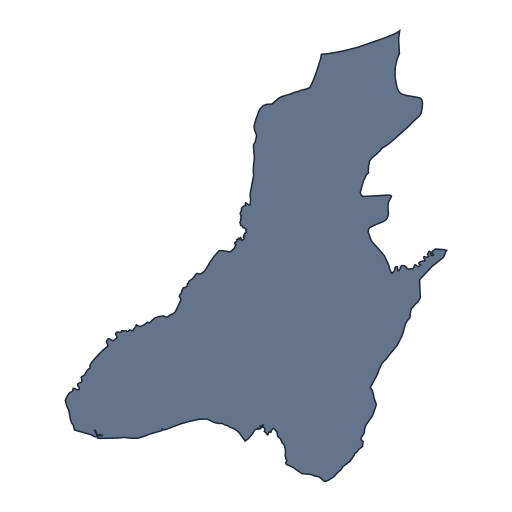 outline of Stoung, Kâmpóng Thum, Cambodia
{"feature_id": "14789045B61102121423301", "entity_name": "Stoung", "entity_type": "district", "adm_level": 2, "iso_a3": "KHM", "parent_name": "Cambodia", "parent_adm1": "Kâmpóng Thum", "projection": "orthographic", "projection_center": [104.491, 12.979], "detail": "fine", "context": "isolated", "style": "filled", "palette": "slate", "viewbox_px": 512, "rotation_deg": 0, "n_neighbors": 0, "source": "geoboundaries", "source_scale": "gbopen_adm2", "svg_char_len": 6045}
<svg xmlns="http://www.w3.org/2000/svg" viewBox="0 0 512 512"><path d="M446.7,250.4L444.1,249.6L435.4,249.0L433.5,250.6L432.7,250.9L432.2,251.8L432.0,252.9L432.5,253.9L433.4,254.6L433.5,255.3L432.2,255.6L431.4,255.6L431.1,255.0L430.7,253.3L430.9,252.3L429.6,251.2L429.1,251.4L427.4,254.2L428.6,256.0L428.4,256.5L426.6,257.4L424.9,256.6L423.8,256.9L423.5,257.4L424.1,258.8L425.0,259.4L424.8,260.8L424.3,261.2L422.6,260.9L419.4,262.3L418.8,262.9L418.9,263.8L420.5,264.8L419.8,265.9L419.0,266.4L418.1,266.5L415.2,264.7L413.9,266.7L413.2,268.5L408.7,269.1L407.0,268.7L406.7,267.4L405.4,266.7L404.7,265.7L401.6,265.6L400.7,266.9L400.1,268.9L398.5,270.7L397.8,270.8L397.4,266.8L396.2,266.5L395.0,267.6L395.0,269.3L394.3,270.9L392.1,273.1L391.6,273.1L389.7,269.1L388.5,264.5L384.4,255.9L382.1,252.9L372.0,241.7L370.4,238.5L368.1,231.9L368.6,229.3L369.0,228.4L370.0,227.5L374.6,225.1L383.1,221.7L385.5,220.2L387.3,218.0L388.4,214.7L388.4,212.1L388.0,207.9L388.1,204.2L388.9,201.3L391.5,196.4L391.2,195.8L390.1,195.2L387.8,195.1L364.3,196.4L362.8,196.3L361.1,195.1L360.3,192.3L363.7,180.1L364.2,179.6L366.3,174.8L368.6,173.0L368.2,170.6L368.5,169.4L368.6,165.6L369.4,163.1L369.3,161.4L371.1,158.9L374.4,155.8L376.9,154.0L378.2,152.3L379.7,151.3L381.9,148.3L387.4,144.8L393.5,139.9L408.7,126.3L411.6,123.1L419.3,116.0L421.1,113.4L421.6,111.1L422.3,106.6L422.5,103.2L421.9,99.8L420.8,98.5L419.4,97.7L406.2,95.4L402.3,94.2L400.6,93.3L399.2,92.0L397.2,88.2L395.1,77.6L395.1,70.1L395.3,67.1L396.8,60.5L398.2,56.3L399.4,53.8L398.7,39.9L398.8,37.3L399.7,30.7L396.8,32.7L393.8,34.2L385.8,37.5L357.9,47.2L343.0,51.0L328.1,53.7L321.4,54.3L320.5,59.3L316.2,72.6L313.2,80.5L310.1,87.1L308.7,88.1L306.4,89.0L301.6,90.1L297.0,91.9L295.3,92.0L289.1,94.4L282.0,96.5L279.3,97.8L271.8,104.1L266.7,104.3L263.1,105.7L260.5,108.4L259.4,109.9L255.6,120.1L254.1,125.9L254.4,129.6L256.5,135.2L256.5,136.1L255.2,142.0L254.0,143.9L253.4,145.7L254.4,158.0L253.4,166.6L253.3,171.5L253.6,175.5L250.3,192.9L250.1,195.5L250.6,199.4L250.1,204.8L249.9,205.2L249.0,205.2L245.9,202.8L245.4,202.8L245.3,203.4L245.8,205.4L245.4,205.7L243.7,206.0L241.5,208.1L241.4,209.1L241.8,209.5L241.4,209.8L241.2,211.6L240.7,211.9L240.2,213.5L240.6,215.2L241.1,215.5L240.8,216.5L241.3,217.8L240.5,218.9L240.8,220.3L239.8,222.6L240.5,223.6L240.5,225.1L240.9,225.5L242.0,225.6L242.4,226.7L243.3,227.8L244.2,227.7L246.4,229.5L245.7,230.6L246.5,231.9L245.8,232.5L245.3,233.5L244.7,233.3L244.2,234.1L244.5,235.1L243.6,235.6L243.9,236.6L243.4,237.4L244.2,238.1L243.9,239.3L242.3,240.2L241.7,240.1L241.4,238.5L240.4,237.6L239.9,238.4L239.9,239.5L239.5,239.5L238.4,238.4L238.2,238.9L236.8,239.7L237.0,241.0L236.7,241.6L235.2,242.2L234.9,242.7L235.1,243.1L234.8,243.9L235.6,244.1L235.7,244.6L235.4,245.9L234.4,247.8L234.4,248.4L232.6,249.6L231.5,251.2L230.3,251.3L229.7,251.9L229.1,252.0L227.2,251.4L221.7,250.6L219.1,250.7L214.4,256.0L210.0,262.1L205.8,269.3L204.0,271.6L200.3,274.1L197.1,273.4L196.4,273.7L192.9,278.4L189.1,281.1L188.1,283.3L187.4,283.7L187.3,285.6L186.7,286.4L185.7,287.3L183.4,287.7L182.0,290.0L181.4,292.0L181.5,293.3L179.9,294.5L179.3,296.5L180.2,297.8L180.8,299.5L180.6,300.7L175.5,311.4L173.5,313.6L170.8,314.6L167.0,317.2L166.1,317.1L163.3,315.9L158.5,316.6L156.0,317.5L154.6,318.0L149.5,322.8L148.8,322.9L147.6,322.2L144.2,324.8L140.9,326.3L139.0,326.4L136.5,324.8L136.0,325.2L135.9,326.7L133.4,329.4L133.0,330.8L129.5,330.0L127.9,331.6L127.2,331.5L125.9,330.6L124.6,331.0L122.4,330.7L121.5,330.8L121.0,332.0L120.0,332.4L117.9,332.0L116.9,332.2L116.3,332.5L115.7,333.5L115.7,334.6L116.7,336.3L116.9,337.3L116.5,338.3L113.7,340.5L112.6,340.7L109.8,339.1L108.4,338.7L107.7,339.2L106.7,340.5L106.4,341.5L107.8,345.1L107.7,346.2L103.0,350.1L98.2,354.8L91.8,362.1L91.4,362.6L91.5,363.1L90.0,365.0L90.0,367.8L89.5,368.5L87.5,369.9L84.5,374.9L83.8,375.6L81.9,376.5L81.1,377.3L81.8,379.4L81.7,381.7L81.1,382.4L78.3,383.4L77.6,384.3L77.6,385.6L79.2,387.5L79.3,389.1L78.8,389.6L77.3,389.8L74.0,388.3L73.2,388.3L72.9,388.9L72.7,390.8L72.3,391.4L69.5,392.7L67.2,396.2L65.3,400.3L67.0,406.7L68.7,410.0L70.4,419.4L71.6,422.9L73.4,425.4L74.2,429.5L75.0,430.2L91.1,434.7L94.0,436.4L95.6,436.9L97.6,435.9L96.4,434.5L94.5,429.7L95.4,430.5L96.9,434.1L97.7,434.9L100.3,434.7L100.8,435.2L102.3,435.3L102.1,435.8L100.8,435.9L99.9,435.1L98.5,435.9L97.5,437.4L97.4,438.0L99.5,438.4L117.4,438.1L123.9,437.4L130.8,438.2L137.5,438.3L144.1,436.4L149.9,434.0L161.6,430.7L162.8,429.8L162.5,429.1L163.9,429.9L165.2,429.7L181.0,423.8L188.0,421.7L199.1,419.3L206.2,419.0L208.9,419.8L212.8,421.9L215.3,422.8L218.7,423.5L222.1,423.4L224.6,424.8L228.2,425.9L229.2,426.8L233.7,428.6L237.6,431.1L239.1,432.6L245.1,441.1L248.3,438.7L252.6,433.7L254.7,429.9L255.7,429.3L257.2,429.3L257.9,428.3L258.2,429.1L260.0,429.0L260.6,428.5L260.6,427.7L262.0,427.5L261.8,426.7L260.7,426.9L260.2,426.8L259.9,426.3L260.3,426.0L261.6,426.0L262.7,425.1L263.3,425.1L262.9,426.1L263.0,426.9L263.8,427.7L264.8,428.1L265.0,428.7L264.3,431.5L265.5,432.4L267.3,434.7L267.8,434.7L268.3,434.2L268.7,432.3L269.4,431.9L270.6,432.4L271.2,431.9L271.4,430.3L273.4,428.4L273.9,428.4L275.0,429.5L275.5,430.6L277.1,432.1L277.0,432.8L277.7,436.3L280.6,439.1L282.3,443.1L283.7,444.2L284.6,446.4L285.4,449.5L285.5,452.6L285.1,454.8L285.8,458.8L286.8,460.7L285.6,463.0L286.5,464.5L290.7,466.2L293.7,467.8L301.8,473.6L310.3,474.4L312.2,474.9L314.0,475.8L319.1,476.9L324.3,481.3L325.8,481.3L328.3,480.3L334.0,476.7L337.1,473.1L341.1,469.6L343.1,466.5L350.0,461.4L354.3,455.1L354.9,453.1L356.4,452.6L358.6,449.5L362.5,446.5L363.1,441.5L361.2,439.8L361.0,438.3L364.2,433.0L364.8,428.5L365.5,426.2L366.7,423.9L371.7,417.0L373.0,414.6L376.3,405.0L375.8,402.7L374.3,398.9L372.8,391.8L372.1,389.8L370.3,387.5L376.7,375.8L378.1,372.8L378.8,369.9L382.0,363.3L386.2,359.0L389.8,354.2L397.2,345.3L401.8,336.4L403.3,332.0L405.3,324.3L407.0,321.1L409.3,318.5L410.1,316.7L410.3,313.2L411.2,308.9L415.4,304.1L417.5,302.3L419.2,300.1L420.3,297.5L419.6,279.7L432.3,266.2L443.0,257.8L444.4,255.5L445.5,252.2L446.7,250.4Z" fill="#64748b" stroke="#1e293b" stroke-width="1.5"/></svg>